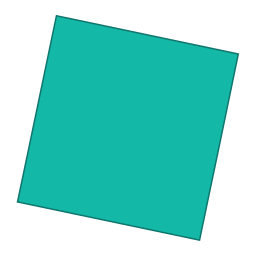 Keokuk, Iowa, United States of America, rotated 282°
{"feature_id": "52423323B98264208336187", "entity_name": "Keokuk", "entity_type": "district", "adm_level": 2, "iso_a3": "USA", "parent_name": "United States of America", "parent_adm1": "Iowa", "projection": "equal_earth", "projection_center": [-92.237, 41.336], "detail": "fine", "context": "isolated", "style": "filled", "palette": "teal", "viewbox_px": 256, "rotation_deg": 282, "n_neighbors": 0, "source": "geoboundaries", "source_scale": "gbopen_adm2", "svg_char_len": 259}
<svg xmlns="http://www.w3.org/2000/svg" viewBox="0 0 256 256"><g transform="rotate(282 128 128)"><path d="M33.2,221.3L80.0,221.1L127.4,221.0L223.3,220.5L222.9,34.7L79.4,35.2L32.7,35.3L33.2,221.3Z" fill="#14b8a6" stroke="#0f766e" stroke-width="1.5"/></g></svg>